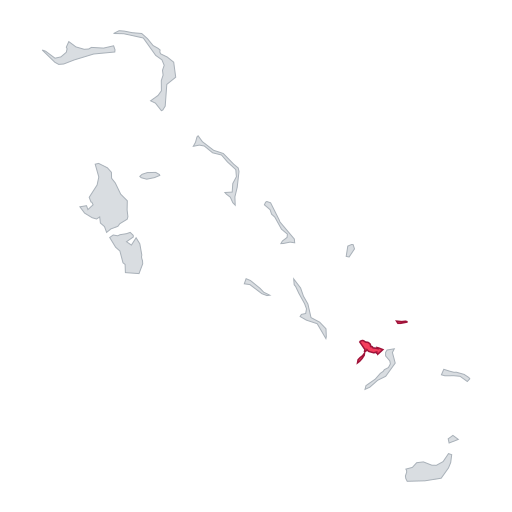 Crooked Island and Long Cay on a map of The Bahamas (Mercator projection)
{"feature_id": "BHS-5035", "entity_name": "Crooked Island and Long Cay", "entity_type": "District", "adm_level": 1, "iso_a3": "BHS", "parent_name": "The Bahamas", "parent_adm1": "", "projection": "mercator", "projection_center": [-74.169, 22.823], "detail": "fine", "context": "in_parent", "style": "filled", "palette": "rose", "viewbox_px": 512, "rotation_deg": 0, "n_neighbors": 0, "source": "natural_earth", "source_scale": "10m", "svg_char_len": 4066}
<svg xmlns="http://www.w3.org/2000/svg" viewBox="0 0 512 512"><path d="M127.3,200.8L127.1,209.9L127.9,216.7L127.2,219.2L119.8,223.7L117.9,226.3L110.9,228.9L106.6,232.4L104.5,226.6L100.4,223.0L99.7,216.9L96.6,219.0L92.1,217.7L84.6,213.1L79.9,206.8L86.5,205.7L87.9,209.6L93.1,204.8L91.9,202.3L91.0,202.0L89.2,197.3L97.1,185.0L98.8,177.0L95.2,164.2L98.6,163.4L107.4,167.8L111.4,172.3L111.6,178.3L115.3,183.0L120.7,194.2L127.3,200.8ZM133.2,235.3L133.3,237.0L126.5,241.7L131.4,245.1L136.1,237.8L139.8,243.8L141.8,255.0L141.5,256.9L141.8,258.6L142.5,260.7L142.7,263.8L139.0,273.6L125.4,272.6L125.1,264.4L123.0,262.8L119.9,251.0L115.6,247.2L109.7,237.5L113.2,235.0L117.7,235.8L120.0,234.7L126.4,233.7L130.2,232.4L133.2,235.3ZM450.7,462.5L448.5,467.9L441.2,478.2L425.0,480.8L407.2,481.3L405.8,478.5L405.4,476.0L406.7,472.2L406.6,470.6L405.9,469.1L412.4,467.4L416.7,462.7L423.4,461.9L431.8,465.2L436.4,465.3L443.1,461.6L448.5,453.6L451.7,454.7L450.7,462.5ZM162.8,110.0L161.4,110.7L155.4,103.1L150.6,100.8L158.1,95.4L161.4,90.8L161.3,80.6L163.1,75.1L162.5,70.3L164.2,65.3L161.9,59.8L155.7,55.4L143.3,38.0L123.7,33.7L113.6,33.5L119.1,30.7L124.3,31.1L132.2,32.7L141.7,33.5L147.5,38.7L153.0,45.5L158.0,48.3L160.1,50.0L159.8,52.0L160.7,53.9L167.2,57.0L173.7,62.2L175.7,77.2L166.8,84.4L165.2,106.1L162.8,110.0ZM75.9,46.9L84.2,49.3L88.7,49.0L91.4,47.4L103.6,48.1L113.6,45.8L115.0,49.8L114.8,52.0L93.7,54.0L74.3,59.9L63.7,64.0L58.7,64.4L54.9,62.3L42.2,50.0L45.6,51.2L55.0,58.2L60.9,56.9L66.3,52.3L67.1,48.8L66.3,47.2L68.8,41.6L75.9,46.9ZM202.4,141.7L213.6,150.3L223.3,153.5L233.7,164.2L238.2,168.0L239.0,171.5L237.2,187.3L234.9,196.8L235.2,205.2L232.8,202.7L230.3,197.2L226.3,194.1L224.9,192.5L232.2,192.1L232.8,183.5L236.4,176.7L235.8,169.6L227.4,161.9L221.5,155.0L212.6,152.8L204.3,146.0L199.3,145.1L193.3,146.3L195.5,142.3L197.0,136.9L198.1,135.8L202.4,141.7ZM326.3,336.7L325.9,338.6L317.2,323.7L306.3,320.1L300.1,316.5L301.4,314.4L305.7,313.5L306.5,308.8L304.6,303.7L298.9,293.4L295.6,286.4L294.2,284.8L293.7,278.9L300.6,288.0L303.4,296.1L307.9,304.0L311.0,317.6L319.7,322.2L326.0,328.8L326.3,336.7ZM369.8,387.2L365.0,389.4L366.0,385.6L375.3,379.1L380.4,373.3L383.3,371.3L384.3,369.7L388.4,367.6L390.4,363.9L389.8,360.9L385.6,355.9L385.6,352.4L387.1,350.0L394.3,348.8L392.4,352.5L395.2,363.1L385.7,376.3L377.6,380.3L369.8,387.2ZM294.3,239.0L294.7,242.8L290.1,242.1L283.3,243.5L280.9,243.6L282.4,241.0L287.1,237.4L287.4,234.1L281.5,229.2L274.8,217.1L271.6,214.2L270.1,209.7L264.4,204.8L265.6,202.2L266.8,201.5L270.6,202.8L279.3,220.2L279.9,221.9L294.3,239.0ZM449.7,371.2L454.0,372.3L456.3,372.2L464.1,374.4L468.8,377.5L469.8,378.8L467.3,381.5L460.1,376.3L453.8,375.7L445.0,375.8L441.4,374.8L443.8,369.3L449.7,371.2ZM380.0,349.4L381.6,350.7L377.2,353.7L367.4,350.0L365.1,350.2L363.2,346.3L362.4,343.4L362.9,340.7L368.8,342.8L371.9,346.7L380.0,349.4ZM154.5,177.6L146.7,179.2L141.2,177.7L139.8,176.4L142.1,174.3L147.3,172.6L155.7,172.4L159.4,174.5L159.8,175.4L154.5,177.6ZM269.8,295.2L267.0,295.6L261.9,293.7L249.9,284.6L244.3,283.8L246.1,278.7L250.4,280.5L260.0,288.3L263.7,292.2L269.8,295.2ZM354.5,248.9L349.1,257.0L346.2,256.4L347.8,246.1L351.6,244.5L353.1,244.6L354.5,248.9ZM458.3,439.4L449.1,443.0L448.2,438.8L452.9,435.4L458.3,439.4Z" fill="#d9dde1" stroke="#a8b0b8" stroke-width="1"/><path d="M364.3,348.6L359.8,342.0L360.1,341.7L360.3,341.2L361.1,340.9L362.2,340.5L362.7,340.5L363.5,340.7L365.4,342.0L366.1,342.2L367.6,342.3L368.3,342.5L370.2,344.1L370.4,344.7L370.5,346.0L370.7,346.6L370.9,346.6L371.8,346.5L372.0,346.6L372.2,346.8L372.5,347.6L373.8,348.1L376.3,348.3L377.7,348.6L377.2,347.6L378.8,348.0L382.9,349.6L377.7,354.3L377.5,353.7L376.8,353.2L376.8,352.0L375.6,352.2L373.8,352.8L368.7,351.4L368.0,350.8L366.9,349.6L366.5,350.5L365.7,351.2L364.9,351.6L364.5,351.4L364.9,349.8L364.9,349.0L364.3,348.6ZM364.5,353.2L364.2,355.3L362.2,358.4L359.6,361.3L357.5,362.9L358.1,359.7L360.1,357.6L362.6,355.7L364.5,353.2ZM406.9,322.1L400.7,323.3L397.9,323.3L396.5,321.1L401.7,321.6L405.5,321.2L406.9,321.6L406.9,322.1Z" fill="#f43f5e" stroke="#9f1239" stroke-width="1.5"/></svg>